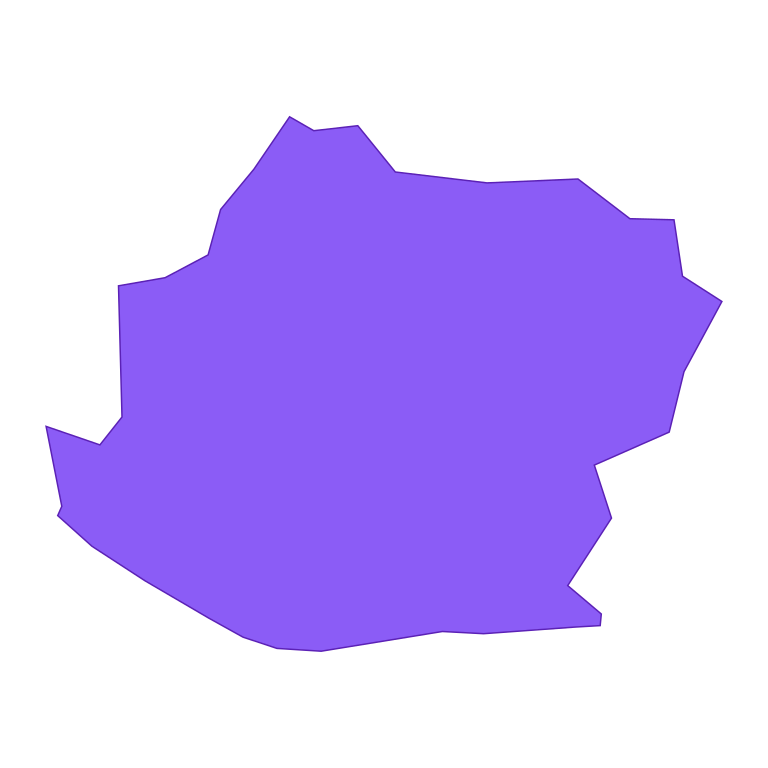 outline of Yangiarik, Khorezm, Uzbekistan
{"feature_id": "79887680B98987238414073", "entity_name": "Yangiarik", "entity_type": "district", "adm_level": 2, "iso_a3": "UZB", "parent_name": "Uzbekistan", "parent_adm1": "Khorezm", "projection": "mercator", "projection_center": [60.528, 41.31], "detail": "fine", "context": "isolated", "style": "filled", "palette": "violet", "viewbox_px": 768, "rotation_deg": 0, "n_neighbors": 0, "source": "geoboundaries", "source_scale": "gbopen_adm2", "svg_char_len": 570}
<svg xmlns="http://www.w3.org/2000/svg" viewBox="0 0 768 768"><path d="M57.7,515.6L92.0,546.3L145.0,580.8L208.9,618.2L243.1,637.2L276.9,648.4L321.2,651.2L442.4,631.5L483.6,633.7L574.5,627.1L600.2,625.6L601.3,614.0L567.7,585.6L611.5,518.1L594.3,465.1L669.2,432.1L684.0,371.7L721.9,301.5L682.5,276.2L674.0,219.8L629.9,218.7L578.0,179.0L487.0,182.9L395.3,172.0L357.8,125.7L313.8,130.7L289.6,116.8L253.9,169.2L220.6,209.5L208.1,254.9L165.1,277.7L118.5,285.8L122.0,417.0L99.9,444.9L46.1,426.4L61.8,506.3L57.7,515.6Z" fill="#8b5cf6" stroke="#5b21b6" stroke-width="1.5"/></svg>